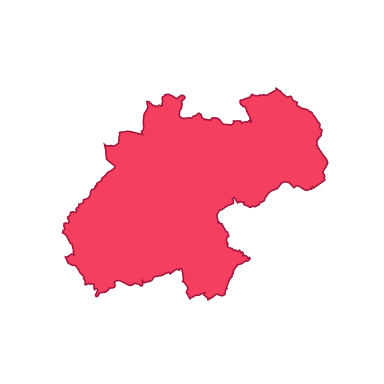 Susticacán, Zacatecas, Mexico (Robinson projection), rotated 316°
{"feature_id": "50627088B6300678420258", "entity_name": "Susticacán", "entity_type": "district", "adm_level": 2, "iso_a3": "MEX", "parent_name": "Mexico", "parent_adm1": "Zacatecas", "projection": "robinson", "projection_center": [-103.193, 22.63], "detail": "fine", "context": "isolated", "style": "filled", "palette": "rose", "viewbox_px": 384, "rotation_deg": 316, "n_neighbors": 0, "source": "geoboundaries", "source_scale": "gbopen_adm2", "svg_char_len": 6055}
<svg xmlns="http://www.w3.org/2000/svg" viewBox="0 0 384 384"><g transform="rotate(316 192 192)"><path d="M55.0,178.3L53.8,178.8L53.9,179.8L52.6,182.9L50.7,184.1L50.7,184.5L51.4,185.1L54.2,186.1L54.8,187.8L56.7,188.9L57.1,189.7L57.1,190.5L54.5,193.3L54.1,194.7L56.1,194.6L56.5,195.3L56.4,196.0L56.0,196.8L54.8,197.7L50.9,199.1L50.4,199.9L50.5,200.7L51.9,201.5L53.5,201.0L53.9,200.5L55.9,200.7L60.0,203.9L64.0,204.4L65.7,203.7L68.7,206.2L70.0,206.6L71.0,206.5L72.7,204.5L73.2,202.9L76.6,203.7L78.2,205.2L79.0,206.8L81.8,215.2L83.3,217.0L85.0,217.5L86.7,217.5L87.5,218.3L88.7,219.7L90.1,222.4L89.8,223.7L90.3,224.6L91.9,224.6L93.4,223.4L94.7,221.2L94.8,224.3L98.6,226.1L99.4,227.1L102.4,227.6L105.4,226.6L110.6,229.7L111.3,230.2L111.5,230.8L113.6,231.3L114.3,231.9L117.0,232.2L117.6,233.0L119.7,233.7L119.4,235.1L119.5,235.9L121.8,235.7L123.1,236.4L123.8,235.8L124.2,236.2L126.6,236.7L127.8,237.6L128.6,239.5L129.3,238.7L130.5,239.0L130.9,240.3L131.2,240.5L131.1,241.0L129.9,242.0L129.0,243.9L126.8,246.6L126.0,248.3L125.5,248.2L124.5,249.4L123.1,249.7L123.5,251.9L122.9,257.3L121.5,258.9L120.0,259.3L117.9,260.5L117.7,261.1L118.0,262.2L116.7,265.4L116.4,267.5L117.9,267.3L119.5,268.1L122.5,268.7L125.2,271.0L130.3,272.8L131.1,273.5L129.7,273.9L129.0,274.5L129.6,279.9L128.8,280.1L128.6,280.7L133.9,282.0L138.2,282.3L138.9,282.9L140.9,286.9L142.0,287.9L144.1,288.5L144.8,288.5L146.0,287.1L148.6,285.7L150.2,285.9L150.6,284.7L155.2,282.3L159.1,280.9L162.2,280.6L163.2,279.5L165.4,279.2L165.8,278.4L167.1,277.6L171.3,276.4L172.5,276.7L174.5,276.1L177.9,278.1L182.2,278.8L183.3,279.4L183.9,280.3L184.7,280.5L187.4,280.3L187.7,280.0L187.8,278.9L186.1,278.9L186.1,278.5L186.7,277.7L186.5,275.2L185.1,273.4L184.6,273.4L184.4,272.9L186.2,272.0L186.4,271.5L186.4,269.9L185.3,269.9L185.2,269.3L185.8,266.9L183.3,266.0L182.9,265.0L183.1,264.0L181.5,263.1L181.7,260.3L180.5,259.1L179.7,256.2L180.5,254.5L181.1,254.2L181.7,254.5L182.8,251.3L184.4,249.6L186.0,248.9L187.2,249.6L188.3,248.8L188.9,246.8L189.8,245.5L189.3,244.5L189.3,243.0L190.9,237.4L190.9,235.7L191.4,235.5L190.0,233.6L190.7,232.7L189.4,232.1L190.4,231.4L193.0,226.9L195.1,225.3L199.4,224.3L200.5,225.3L207.7,226.5L213.4,228.8L214.2,228.6L215.5,227.5L216.1,226.6L215.9,225.2L216.3,224.9L218.2,225.1L218.2,227.6L217.2,231.5L217.7,231.4L219.9,232.8L222.3,235.7L220.7,236.5L221.0,238.3L222.4,241.0L222.8,243.1L224.0,243.9L224.2,243.6L225.6,244.0L226.6,246.0L227.3,246.5L231.7,247.8L232.8,247.1L234.8,247.3L235.4,247.9L237.6,248.4L238.5,248.3L240.6,246.9L243.2,246.9L244.1,246.0L249.7,246.2L255.5,248.8L262.6,247.9L265.7,248.9L268.3,252.6L268.4,259.8L271.5,260.1L273.1,262.1L274.3,268.1L275.1,269.8L276.0,270.8L277.8,271.7L278.6,271.6L279.9,273.0L280.3,272.3L282.0,272.1L281.8,273.5L295.9,275.8L297.2,273.3L298.3,272.9L298.7,271.9L299.2,271.7L299.4,269.3L299.8,268.8L301.8,268.0L302.4,267.3L304.0,267.5L309.2,265.8L310.0,264.6L310.4,264.7L310.3,263.5L310.8,263.5L311.4,262.2L312.4,254.2L313.1,250.5L313.6,249.1L313.4,247.3L314.4,245.9L314.8,245.7L314.5,244.6L316.3,243.4L317.7,241.3L318.8,241.8L320.5,241.5L320.9,240.7L322.4,241.2L324.1,241.1L325.8,239.6L328.4,238.0L328.6,237.5L328.2,235.6L328.6,234.2L331.1,232.4L331.5,230.5L331.3,228.5L331.8,227.4L332.7,222.2L332.7,219.8L333.6,218.3L333.2,217.0L332.8,216.8L332.2,212.9L329.7,208.8L328.7,207.8L328.8,206.5L328.3,204.4L327.5,203.1L328.5,201.5L329.5,201.2L330.0,200.4L328.5,197.1L328.6,194.8L329.6,192.7L329.6,192.0L329.4,191.5L326.9,190.3L325.9,189.2L326.1,187.2L325.4,185.1L325.7,180.8L324.9,178.6L324.9,176.0L324.5,175.8L323.1,177.0L312.4,174.1L311.3,171.8L309.3,170.9L308.5,169.5L305.7,168.2L303.7,165.5L303.3,163.8L302.7,163.2L300.0,164.1L291.7,160.5L290.8,159.5L290.1,159.6L288.6,161.1L287.9,163.2L288.3,164.8L288.0,166.0L289.3,167.5L289.1,168.6L287.7,171.9L287.3,171.9L287.3,173.1L286.4,175.2L286.2,176.8L283.3,182.9L282.6,182.3L283.0,180.4L280.2,180.0L279.5,178.9L277.7,177.7L275.6,177.1L276.4,175.4L275.8,174.1L271.1,169.7L270.7,170.7L269.6,171.1L267.6,171.3L266.6,170.8L264.0,167.5L261.8,165.5L261.5,163.2L262.1,159.8L261.8,157.1L260.4,155.0L258.4,152.9L256.4,152.7L255.5,153.6L252.3,149.2L252.1,149.8L251.9,149.6L251.9,148.3L251.7,149.0L251.0,145.8L251.7,143.4L252.4,142.7L251.9,140.2L250.7,139.6L248.5,139.8L245.3,138.3L243.2,138.5L242.6,138.2L241.0,136.2L236.8,133.1L235.6,129.8L236.3,127.9L239.5,125.1L242.3,124.6L244.5,123.1L244.8,122.4L246.1,122.1L247.1,119.6L251.1,119.7L252.7,119.2L253.0,117.5L252.1,115.2L247.8,114.3L246.7,114.5L245.6,113.8L245.1,110.7L243.2,105.6L241.2,103.9L239.8,103.3L237.9,103.6L236.5,103.1L234.6,105.0L234.8,105.4L234.4,106.0L231.0,108.1L230.8,109.2L229.6,108.7L228.4,106.4L227.3,106.7L226.4,106.3L225.4,105.0L225.2,104.0L223.9,102.1L224.0,100.1L223.6,99.0L224.0,98.2L223.9,97.6L223.2,96.2L222.3,95.5L219.4,99.9L217.3,101.3L212.8,102.3L211.4,102.9L205.4,107.9L201.9,112.4L200.2,113.4L198.8,113.5L197.7,113.2L196.4,116.5L190.2,106.5L187.8,103.4L184.2,101.2L183.0,99.8L181.1,98.8L179.8,100.6L177.4,102.0L173.5,105.8L169.3,105.3L166.8,104.0L166.4,102.7L162.4,99.3L162.1,97.0L159.2,101.7L153.4,108.7L153.5,112.4L154.6,119.2L154.4,119.8L152.7,121.0L147.3,120.1L145.7,119.4L143.1,119.4L141.7,119.9L137.0,119.5L135.5,120.0L134.6,121.0L130.5,119.7L129.3,119.8L127.5,121.3L127.2,120.5L125.7,120.9L124.8,121.7L123.1,121.6L121.6,120.7L119.3,121.2L116.7,123.5L113.7,124.2L111.7,123.9L108.9,122.2L108.1,122.4L106.8,123.8L105.9,124.0L104.2,123.6L102.2,122.2L100.0,124.0L98.3,123.3L96.4,123.9L96.0,124.3L95.9,125.5L95.2,126.1L93.9,125.7L92.9,123.7L90.8,122.3L89.8,122.7L87.9,124.1L84.9,123.6L84.2,124.5L84.1,125.8L83.3,127.0L83.2,128.0L82.2,128.2L81.4,128.3L80.7,127.9L79.5,126.3L77.7,125.9L77.2,126.8L76.3,127.1L76.1,128.0L75.4,128.6L75.3,129.6L74.8,130.0L74.2,130.4L72.6,130.1L70.4,131.4L71.0,132.5L71.4,136.3L69.0,143.6L69.1,147.1L67.7,148.9L66.2,151.9L65.0,152.5L63.3,155.3L62.8,153.7L61.6,152.5L60.1,152.8L59.1,152.3L58.2,152.4L55.5,150.8L55.3,152.5L54.3,154.7L54.1,155.9L53.6,156.3L53.4,157.1L55.1,161.7L57.1,163.9L56.6,167.8L55.3,172.5L55.4,177.1L55.0,178.3Z" fill="#f43f5e" stroke="#9f1239" stroke-width="1.5"/></g></svg>